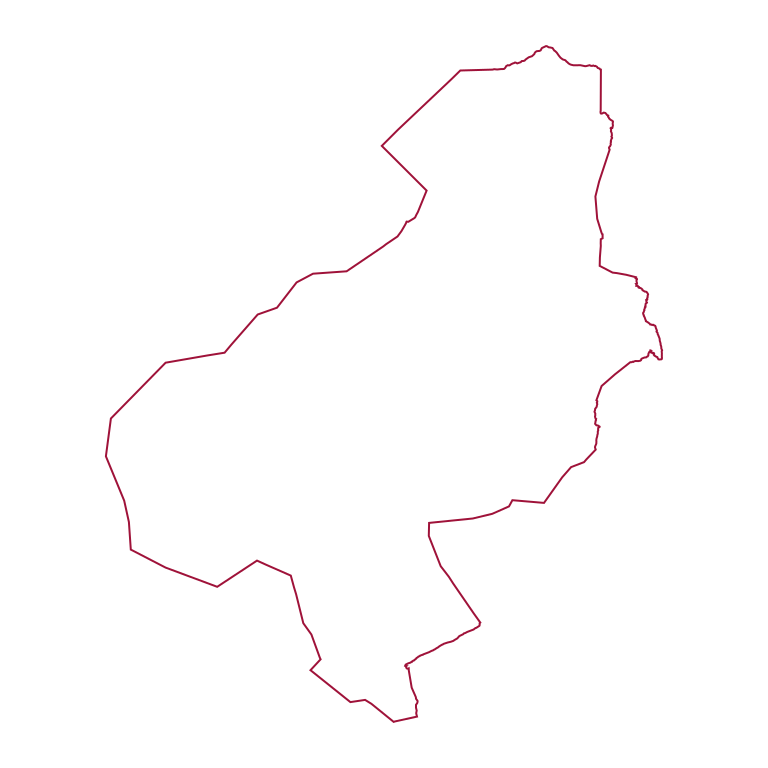 Lom nor, Oppland, Norway
{"feature_id": "86288312B15503490624265", "entity_name": "Lom nor", "entity_type": "district", "adm_level": 2, "iso_a3": "NOR", "parent_name": "Norway", "parent_adm1": "Oppland", "projection": "albers", "projection_center": [8.842, 61.714], "detail": "fine", "context": "isolated", "style": "outline", "palette": "rose", "viewbox_px": 768, "rotation_deg": 0, "n_neighbors": 0, "source": "geoboundaries", "source_scale": "gbopen_adm2", "svg_char_len": 5999}
<svg xmlns="http://www.w3.org/2000/svg" viewBox="0 0 768 768"><path d="M110.9,418.5L105.9,456.3L124.2,500.7L128.9,522.0L130.8,549.6L165.6,567.6L217.2,586.8L257.0,560.6L266.0,564.7L290.8,575.6L294.0,587.3L296.1,594.2L303.3,623.2L311.4,634.5L319.9,657.9L320.6,659.3L310.5,670.2L350.4,702.1L365.1,699.9L371.4,703.8L393.7,721.9L394.7,721.5L417.0,716.6L416.3,713.8L416.2,713.1L416.7,710.6L416.0,707.7L416.0,704.8L417.2,703.1L417.4,702.5L417.6,701.3L417.5,700.8L416.0,698.7L415.9,697.4L415.7,696.8L411.7,687.7L408.7,669.9L408.8,669.3L408.7,668.4L408.1,668.8L406.7,668.4L406.2,667.5L406.0,666.5L406.3,666.2L405.7,666.2L405.1,665.9L405.7,664.6L408.3,663.3L410.5,662.6L411.7,661.7L411.9,661.8L412.1,661.5L413.2,660.7L414.3,660.3L414.5,659.9L416.1,658.7L416.5,658.0L417.6,657.4L418.4,656.6L419.7,656.1L420.0,655.7L422.1,654.9L422.8,654.8L422.9,654.6L423.2,654.4L429.0,652.2L431.7,650.8L432.8,650.5L433.8,649.8L434.6,649.5L436.5,648.2L438.0,647.4L439.2,646.4L442.0,644.7L442.6,644.6L443.5,643.9L447.7,642.5L450.7,641.8L453.5,640.8L454.2,640.2L457.3,638.4L459.3,636.1L463.2,634.2L463.9,633.4L465.3,633.0L467.1,632.0L473.6,629.5L475.5,628.0L476.2,627.9L479.4,625.8L479.7,624.9L479.6,624.0L479.7,623.2L480.3,622.6L473.8,613.5L453.1,583.4L448.8,576.7L440.7,566.2L428.8,535.9L429.1,522.9L472.8,518.5L492.3,513.8L509.0,506.4L512.4,500.2L544.0,502.9L562.2,477.3L571.1,467.1L584.1,462.1L586.2,459.6L595.7,449.6L595.0,447.5L595.1,446.5L596.3,443.7L596.4,441.4L596.3,440.4L596.5,438.7L597.2,436.4L597.4,434.8L597.7,434.1L597.8,433.5L597.8,431.3L598.2,430.6L598.2,430.1L598.1,429.5L598.2,428.0L598.4,427.6L599.5,427.1L599.6,426.6L597.9,425.5L596.4,425.3L595.1,423.8L595.4,422.5L595.4,422.0L595.7,420.9L595.7,420.5L596.0,420.1L595.9,419.7L596.1,419.0L595.8,418.9L595.4,418.1L595.0,416.6L595.3,415.4L595.2,415.1L595.3,414.1L595.3,413.5L594.5,411.8L595.0,410.2L595.2,408.7L596.2,407.5L596.7,406.7L596.9,405.3L597.3,404.1L596.8,402.8L596.9,402.5L597.2,402.1L597.3,401.6L597.2,401.0L596.4,400.3L601.6,386.0L615.0,374.3L630.3,362.2L631.7,362.2L632.7,361.7L633.4,361.9L634.1,361.4L635.5,361.0L638.4,361.1L640.3,360.7L641.0,360.2L641.1,359.9L641.2,359.2L642.0,358.5L644.5,357.5L646.1,357.4L646.7,356.8L647.6,356.5L648.3,355.5L648.4,353.9L648.8,352.9L649.4,351.8L650.3,351.1L650.4,350.4L650.8,350.5L650.9,350.8L651.3,351.1L651.0,351.4L651.1,351.1L650.9,351.1L651.1,351.8L650.8,352.0L650.9,352.4L651.9,352.7L652.2,353.0L653.6,352.9L653.9,353.1L654.2,353.9L653.7,354.3L653.7,354.7L654.5,355.7L655.7,356.3L656.1,356.7L657.3,357.1L657.7,358.2L658.1,358.7L658.4,359.3L659.2,359.5L661.4,359.3L661.8,359.0L662.0,357.9L661.8,357.0L661.9,355.7L661.8,355.2L661.9,353.6L661.7,351.1L662.1,350.5L662.1,350.2L661.5,348.9L661.3,348.3L661.3,347.5L661.2,346.5L660.9,345.5L660.6,344.9L660.6,343.8L660.3,342.4L659.8,340.9L659.6,338.6L658.9,336.8L658.6,336.2L658.4,335.3L657.8,334.5L657.5,332.7L656.6,331.8L656.5,331.5L656.9,330.8L656.9,330.5L655.7,327.6L655.7,327.1L655.5,326.4L655.2,325.8L654.1,325.4L653.6,324.9L653.4,325.0L652.5,324.8L652.1,325.0L651.2,324.5L650.2,324.5L649.7,323.7L647.7,322.2L645.9,321.2L645.9,320.4L645.5,319.9L644.7,317.4L643.9,316.0L643.9,315.3L643.4,314.7L643.4,314.3L643.1,313.4L643.2,312.7L643.7,312.1L644.1,310.7L644.2,310.3L644.4,310.1L644.2,309.7L644.7,308.5L644.8,307.8L645.1,307.6L645.0,307.0L645.1,306.6L645.5,306.7L645.6,306.2L645.5,305.3L645.6,303.9L647.0,302.5L646.9,302.1L646.9,302.4L646.7,302.4L646.5,302.2L646.3,301.9L646.5,301.0L646.1,300.0L646.6,299.6L646.6,300.1L646.8,300.1L647.3,299.5L647.3,298.9L647.1,298.3L647.6,297.4L647.5,297.0L647.6,296.8L647.6,296.3L647.7,296.1L647.6,295.8L648.1,294.4L648.0,294.1L647.3,292.9L646.5,291.9L645.6,291.6L644.8,291.6L643.4,290.7L642.6,290.3L642.4,290.0L642.4,289.5L641.6,288.7L640.5,288.0L639.6,287.9L639.2,287.1L638.8,286.9L638.5,286.8L638.5,287.1L638.4,287.2L637.8,286.0L637.5,286.0L637.3,285.9L636.3,285.9L636.4,285.2L636.3,284.9L636.4,284.3L636.1,283.9L636.9,283.7L636.8,283.4L637.0,283.1L636.5,281.4L636.5,280.5L636.6,280.0L637.0,279.4L636.9,278.8L636.7,278.5L635.7,278.4L635.5,278.2L635.9,277.2L626.3,274.8L616.9,273.1L612.6,272.6L599.7,265.9L599.9,257.4L600.8,245.9L600.7,243.3L600.8,239.2L602.6,238.3L602.6,234.5L602.3,234.5L601.5,232.7L597.2,218.8L595.4,196.5L599.1,181.6L609.6,149.8L609.6,149.3L609.2,148.8L609.0,147.7L609.6,146.6L610.1,146.2L610.8,144.6L610.6,143.3L611.0,141.9L610.8,141.4L611.0,141.0L610.9,140.4L611.3,139.6L611.4,139.1L611.6,138.7L612.1,138.1L612.1,137.6L611.4,136.7L611.9,135.6L611.8,133.8L611.6,132.7L611.0,131.6L610.9,131.1L611.1,130.5L611.1,129.8L611.0,129.1L610.6,128.2L611.0,127.8L612.3,128.0L612.5,127.5L612.5,127.0L612.9,125.7L612.9,125.1L612.7,124.0L612.7,123.1L613.0,121.8L612.9,121.4L612.6,121.0L610.3,119.6L609.8,119.0L609.3,118.7L609.1,118.4L608.9,117.8L608.0,116.6L608.3,115.9L608.3,115.6L606.9,114.9L606.7,114.5L605.4,113.0L603.8,112.6L602.1,113.5L601.5,113.6L600.9,113.5L600.6,113.0L600.5,111.8L600.7,110.6L600.9,69.6L600.1,69.4L599.6,68.6L597.7,67.9L597.0,66.8L595.4,65.9L594.7,66.1L593.2,65.5L592.3,65.9L591.1,65.9L589.6,65.2L586.2,66.1L585.1,66.2L580.4,65.2L573.6,65.3L571.0,64.7L569.6,64.1L568.3,63.2L567.5,62.3L566.5,61.6L565.6,60.5L565.2,60.2L562.7,59.4L560.5,57.7L558.8,55.6L556.8,52.7L555.2,51.1L554.3,50.6L552.5,48.0L550.4,47.5L548.7,47.3L546.9,46.2L546.0,46.1L542.2,47.9L541.7,48.3L540.7,50.3L539.6,50.9L536.7,51.2L535.9,51.7L535.2,52.3L534.6,53.2L534.3,54.1L532.0,56.2L528.7,57.3L525.5,59.6L524.9,60.4L523.9,60.9L521.7,61.1L520.7,62.2L517.2,63.4L515.9,62.7L515.0,62.5L514.0,63.1L512.9,63.4L511.4,64.1L509.6,65.3L508.9,65.4L507.8,65.2L506.2,66.1L505.5,67.4L504.8,68.3L503.9,69.0L500.7,69.1L497.2,69.5L494.1,69.2L492.7,69.6L460.3,70.5L451.2,79.4L398.0,129.7L381.8,145.9L426.6,190.6L417.9,212.0L416.3,214.9L415.2,217.3L414.5,218.0L408.3,221.8L406.6,221.6L406.3,222.1L406.2,222.7L405.3,224.5L401.4,231.2L397.5,236.5L386.1,244.2L383.3,246.4L346.6,271.3L313.0,273.7L296.6,282.4L277.0,307.7L257.7,314.5L231.3,344.7L224.6,352.7L207.1,355.5L165.6,362.7L110.9,418.5Z" fill="none" stroke="#9f1239" stroke-width="2"/></svg>